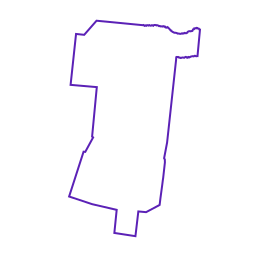 the district of Santa Rosa, Mendoza, Argentina, rotated 186°
{"feature_id": "61730980B20079308616386", "entity_name": "Santa Rosa", "entity_type": "district", "adm_level": 2, "iso_a3": "ARG", "parent_name": "Argentina", "parent_adm1": "Mendoza", "projection": "robinson", "projection_center": [-68.23, -33.529], "detail": "fine", "context": "isolated", "style": "outline", "palette": "violet", "viewbox_px": 256, "rotation_deg": 186, "n_neighbors": 0, "source": "geoboundaries", "source_scale": "gbopen_adm2", "svg_char_len": 2394}
<svg xmlns="http://www.w3.org/2000/svg" viewBox="0 0 256 256"><g transform="rotate(186 128 128)"><path d="M189.5,216.1L189.6,164.9L163.3,165.4L162.8,115.7L161.7,115.0L168.0,99.8L169.7,99.8L179.4,53.7L155.7,48.5L130.7,45.4L130.6,22.2L109.3,21.2L109.0,46.1L101.2,46.2L88.5,54.8L88.4,61.6L88.0,75.2L87.9,80.0L87.8,82.0L87.7,97.6L88.1,100.6L88.4,101.0L88.7,101.3L88.9,101.6L88.9,102.0L87.6,117.6L87.3,200.6L87.4,203.5L87.1,203.7L86.8,203.8L86.3,203.7L86.0,203.8L85.5,203.9L85.2,203.8L84.8,203.4L84.5,203.3L84.2,203.5L83.7,203.5L83.3,203.2L83.0,203.1L82.3,203.3L82.1,203.5L81.6,203.7L81.1,203.8L80.6,203.9L79.8,203.7L79.2,203.8L78.6,204.5L77.9,204.8L77.6,204.7L77.3,204.5L77.0,204.4L76.5,204.0L76.1,204.1L75.8,204.2L75.6,204.5L75.7,204.8L75.3,205.0L74.8,204.8L74.5,204.9L74.3,204.7L73.5,205.2L73.0,205.6L72.6,205.7L72.1,205.9L71.5,206.1L71.1,206.2L70.8,206.2L70.6,206.1L70.1,206.1L69.8,206.3L69.5,206.6L69.2,206.8L68.7,206.8L68.0,206.5L67.5,206.5L67.2,206.6L66.9,206.8L66.4,206.8L66.7,233.2L67.1,233.1L67.4,233.6L67.6,233.9L67.9,234.2L68.7,234.2L69.1,234.3L69.4,234.7L70.2,234.8L70.7,234.6L70.8,234.2L71.2,234.2L72.5,234.0L72.5,233.5L72.6,233.2L73.1,233.1L73.6,232.9L73.8,232.4L73.9,231.9L74.1,231.3L74.8,231.0L75.4,231.0L75.8,230.7L76.4,230.7L77.2,230.7L77.9,230.4L78.4,230.1L78.8,229.7L78.9,229.1L79.4,228.7L79.6,228.6L80.1,228.3L80.7,228.3L81.2,228.5L81.7,228.5L81.9,228.2L82.4,227.8L83.0,228.0L83.4,227.9L83.6,227.6L83.9,227.5L84.5,227.7L85.3,227.2L85.8,227.1L86.6,227.1L87.3,227.3L88.1,227.1L88.7,227.1L89.0,227.3L89.4,227.6L90.1,227.6L90.8,227.7L91.4,227.6L92.1,227.6L92.7,228.0L93.4,228.1L94.5,228.7L94.9,228.9L95.1,229.4L95.6,229.4L96.0,229.6L96.1,229.9L96.5,230.3L97.5,231.1L97.9,231.5L99.1,232.4L99.4,232.0L99.9,231.8L100.4,232.0L101.3,232.5L101.5,232.1L102.9,233.0L103.2,233.0L103.6,232.9L103.9,232.5L104.4,232.5L104.8,232.7L106.0,232.4L106.6,232.7L107.2,232.8L107.7,232.5L108.2,232.7L108.8,233.1L109.3,233.2L110.1,233.3L110.5,233.0L111.0,233.2L111.9,233.3L112.5,233.2L112.9,233.1L113.3,232.7L113.6,232.3L114.1,232.5L114.9,232.8L115.2,232.5L115.8,232.2L116.2,232.1L116.8,232.2L117.2,232.5L117.7,232.6L118.0,232.3L118.3,232.0L119.6,232.3L120.2,232.1L120.4,231.7L120.9,231.9L121.3,231.9L121.5,231.6L121.9,231.3L122.3,231.3L122.7,231.8L123.1,232.0L123.4,232.1L123.7,232.0L124.0,231.8L160.8,231.5L170.5,231.4L181.3,216.1L189.5,216.1Z" fill="none" stroke="#5b21b6" stroke-width="2"/></g></svg>